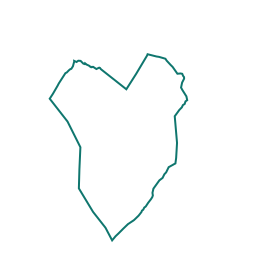 Tema Metropolitan, Greater Accra, Ghana, rotated 327°
{"feature_id": "2480657B34044169329977", "entity_name": "Tema Metropolitan", "entity_type": "district", "adm_level": 2, "iso_a3": "GHA", "parent_name": "Ghana", "parent_adm1": "Greater Accra", "projection": "natural_earth1", "projection_center": [-0.004, 5.649], "detail": "fine", "context": "isolated", "style": "outline", "palette": "teal", "viewbox_px": 256, "rotation_deg": 327, "n_neighbors": 0, "source": "geoboundaries", "source_scale": "gbopen_adm2", "svg_char_len": 1284}
<svg xmlns="http://www.w3.org/2000/svg" viewBox="0 0 256 256"><g transform="rotate(327 128 128)"><path d="M53.5,213.6L58.6,212.0L62.9,211.2L68.9,209.9L75.6,208.6L82.9,208.5L89.1,207.3L91.5,206.5L93.2,205.9L93.5,205.8L94.7,204.9L96.3,204.8L98.3,203.6L100.1,203.5L104.2,201.7L108.5,200.2L110.7,199.2L112.1,198.1L113.2,195.7L116.3,192.7L125.8,189.0L129.8,188.7L133.3,186.6L135.8,186.0L140.8,183.0L148.5,183.5L152.1,179.3L161.0,167.2L173.6,143.6L180.9,140.8L184.4,140.0L186.5,138.7L188.6,138.7L190.7,137.0L192.8,136.9L194.2,133.3L194.3,125.8L194.5,123.0L198.1,119.4L201.2,117.6L201.9,117.2L202.7,115.9L202.6,114.2L203.0,112.1L201.8,110.9L199.0,109.4L198.7,101.1L198.1,98.3L197.1,92.5L197.1,90.3L196.0,89.0L192.7,85.2L190.8,83.5L184.6,76.8L183.5,77.6L164.4,87.0L147.7,94.6L137.3,63.9L137.2,62.4L136.7,61.7L133.6,61.3L132.5,58.8L132.2,57.9L131.6,57.7L131.2,57.1L130.2,57.0L129.5,55.5L129.5,54.9L129.2,54.5L128.4,53.1L128.0,52.6L127.2,50.3L126.5,50.8L125.6,49.7L124.8,45.9L123.5,44.9L122.9,44.5L120.8,44.6L119.4,42.4L119.0,43.1L117.8,44.1L116.8,45.0L115.5,46.2L112.7,47.5L111.8,47.2L109.9,47.4L106.8,48.1L105.4,47.9L94.3,52.9L91.8,54.3L83.7,58.4L78.3,60.8L80.8,89.7L77.6,118.2L64.8,136.1L53.9,151.9L53.0,179.3L54.8,199.4L53.5,213.6Z" fill="none" stroke="#0f766e" stroke-width="2"/></g></svg>